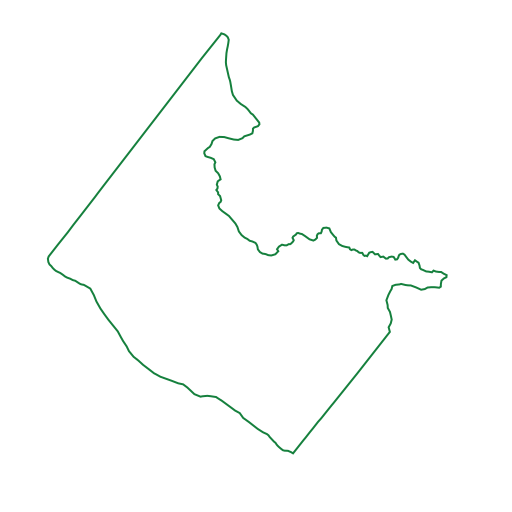 Breu Branco, Pará, Brazil, rotated 308°
{"feature_id": "56859067B62895798843841", "entity_name": "Breu Branco", "entity_type": "district", "adm_level": 2, "iso_a3": "BRA", "parent_name": "Brazil", "parent_adm1": "Pará", "projection": "robinson", "projection_center": [-49.279, -3.757], "detail": "fine", "context": "isolated", "style": "outline", "palette": "green", "viewbox_px": 512, "rotation_deg": 308, "n_neighbors": 0, "source": "geoboundaries", "source_scale": "gbopen_adm2", "svg_char_len": 4117}
<svg xmlns="http://www.w3.org/2000/svg" viewBox="0 0 512 512"><g transform="rotate(308 256 256)"><path d="M127.5,139.6L128.3,145.5L125.3,152.4L123.9,154.8L121.9,158.3L118.8,165.8L116.8,172.2L114.9,178.9L111.5,193.5L108.9,199.4L107.2,203.5L105.1,209.8L102.8,214.5L101.2,221.6L101.2,227.6L100.7,234.1L100.8,243.8L100.8,245.3L100.8,247.9L101.2,249.9L102.0,255.0L105.7,266.2L107.8,273.1L110.0,277.6L110.1,282.8L109.2,292.5L111.0,298.9L112.4,300.1L115.9,303.8L117.6,306.6L120.3,311.4L120.4,313.3L120.9,318.4L121.3,332.6L121.3,334.5L122.2,339.9L120.5,345.6L120.8,352.7L120.8,361.2L120.8,363.7L121.2,368.0L121.4,370.1L121.9,372.2L122.4,374.2L122.4,376.2L121.8,378.2L120.8,384.5L120.8,386.3L120.1,388.4L119.8,389.9L119.6,391.8L119.5,394.0L119.5,396.7L120.2,398.4L121.1,399.6L122.2,401.2L122.6,402.8L123.0,404.3L123.3,406.7L140.1,406.8L143.5,406.9L144.7,406.9L148.9,406.9L150.2,406.9L154.9,407.0L156.3,407.0L159.2,407.0L160.9,407.0L163.6,407.0L168.0,407.3L184.9,407.5L187.3,407.6L225.8,408.1L278.6,408.2L281.5,404.4L285.8,403.7L289.4,402.1L291.6,399.5L294.4,396.0L296.2,391.8L298.4,389.9L301.4,386.0L306.9,384.3L310.9,383.5L313.4,383.2L316.3,381.9L319.2,383.7L322.1,386.7L323.3,387.5L325.2,391.7L326.5,393.9L328.1,396.1L329.8,401.5L331.1,406.9L333.9,409.4L336.8,410.6L339.4,413.4L341.6,416.3L343.8,419.9L345.6,420.5L347.8,418.9L350.8,417.3L354.1,417.9L356.5,419.1L358.3,418.0L357.6,414.8L357.4,411.8L356.0,409.9L354.5,407.3L353.8,404.9L351.5,404.7L350.0,401.8L348.6,399.6L347.8,396.1L347.2,394.3L347.5,392.5L349.1,390.8L350.8,388.2L350.6,386.5L350.5,383.9L347.3,384.1L346.9,381.5L346.9,378.2L347.8,374.7L348.5,372.2L348.3,370.3L346.8,368.9L345.3,368.2L344.0,368.4L342.1,369.1L340.2,369.2L338.9,368.0L339.5,366.5L340.0,365.0L339.0,363.2L336.9,361.5L335.1,361.3L333.9,360.0L333.9,356.7L331.8,354.8L332.3,352.4L332.7,350.9L330.6,348.8L331.0,345.3L329.7,344.1L328.3,343.2L324.3,343.7L324.0,342.4L322.9,341.5L322.9,340.1L323.9,337.8L322.5,336.0L322.1,334.6L322.3,332.8L321.9,331.6L321.7,329.6L320.7,328.3L319.4,327.6L319.2,325.9L320.1,324.3L319.0,322.3L318.2,320.7L317.0,317.8L316.4,314.1L317.7,309.8L319.7,307.7L319.6,306.2L320.0,304.2L320.9,300.3L322.9,296.8L321.7,294.0L320.6,292.9L319.6,291.8L317.3,291.8L315.6,292.7L313.9,293.1L312.4,291.4L311.0,291.1L309.4,291.5L307.9,292.9L305.4,292.6L303.5,291.7L302.1,287.9L301.9,282.3L301.6,278.7L300.7,276.9L300.1,275.0L298.9,274.1L297.6,274.3L294.2,273.3L292.8,273.6L291.7,276.0L290.3,276.3L287.5,276.0L286.3,275.6L285.5,274.5L283.3,273.6L282.0,271.9L280.9,269.5L277.5,268.3L274.3,268.4L273.5,270.6L269.3,270.2L267.6,269.0L265.8,267.7L264.2,265.1L263.5,262.6L262.7,261.0L261.9,259.7L261.5,256.7L262.4,253.4L264.4,251.2L265.4,249.5L266.0,247.5L265.2,244.2L264.1,241.6L264.1,238.7L263.5,235.7L263.6,231.8L264.8,227.4L267.4,223.5L268.9,219.8L270.9,210.0L270.6,201.9L270.9,197.9L272.6,195.0L275.1,194.4L276.9,194.8L278.5,194.3L281.1,190.8L281.4,188.1L282.8,187.0L283.6,184.1L285.4,184.1L287.1,183.1L288.1,181.2L291.2,179.9L292.5,180.2L294.6,180.9L296.5,178.5L297.9,175.3L298.3,171.7L300.3,168.9L302.7,166.8L304.8,166.3L306.3,163.1L305.5,159.9L304.2,156.7L303.6,154.7L305.1,152.0L306.8,150.9L311.5,151.7L313.5,152.4L316.9,152.0L319.8,150.9L323.5,151.4L327.4,153.9L330.2,157.8L331.9,161.9L334.1,166.8L336.5,170.5L340.5,172.8L343.1,173.1L346.3,175.3L347.9,176.4L350.4,177.6L352.6,176.6L354.5,175.2L356.1,175.4L359.5,177.6L361.9,177.6L363.1,176.4L365.5,166.5L365.3,164.1L366.0,161.5L366.6,158.9L366.9,155.9L366.4,150.5L366.6,145.2L368.7,138.7L371.0,135.5L374.8,131.4L377.5,128.4L378.8,126.7L380.2,124.5L388.0,115.0L390.1,113.0L392.5,111.3L397.7,107.8L401.0,106.0L403.7,104.7L406.7,103.1L409.6,101.4L411.0,99.1L411.3,97.1L411.2,94.7L410.1,91.6L408.3,91.8L378.8,91.5L308.5,92.0L217.3,92.6L207.6,92.7L203.8,92.8L180.2,92.9L175.5,92.9L168.4,92.9L158.7,93.1L143.4,92.9L132.2,92.9L130.6,92.9L128.0,92.9L125.7,93.7L123.4,96.1L122.2,98.5L122.0,100.9L121.4,103.2L121.1,105.7L121.1,107.7L121.6,110.1L122.1,112.1L122.3,115.3L122.3,118.2L122.7,120.5L123.7,123.5L124.2,126.4L125.2,128.8L125.6,133.5L125.8,135.0L126.5,136.7L127.2,137.9L127.5,139.6Z" fill="none" stroke="#15803d" stroke-width="2"/></g></svg>